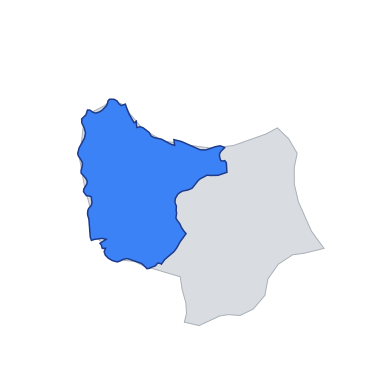 Luxembourg, with Diekirch highlighted, rotated 321°
{"feature_id": "LUX-906", "entity_name": "Diekirch", "entity_type": "District", "adm_level": 1, "iso_a3": "LUX", "parent_name": "Luxembourg", "parent_adm1": "", "projection": "equal_earth", "projection_center": [5.98, 49.94], "detail": "fine", "context": "in_parent", "style": "filled", "palette": "blue", "viewbox_px": 384, "rotation_deg": 321, "n_neighbors": 0, "source": "natural_earth", "source_scale": "10m", "svg_char_len": 2423}
<svg xmlns="http://www.w3.org/2000/svg" viewBox="0 0 384 384"><g transform="rotate(321 192 192)"><path d="M195.2,81.6L193.0,91.0L193.4,112.2L201.3,133.5L219.9,154.5L234.2,169.7L253.3,181.9L285.8,193.4L298.7,195.9L300.6,211.5L298.1,228.1L286.9,237.3L276.4,250.4L268.5,266.6L260.2,297.5L259.1,318.9L240.4,310.1L230.6,304.1L213.5,302.4L196.4,307.3L183.6,318.2L166.1,321.5L151.6,318.2L143.0,310.1L135.3,305.7L113.5,300.3L104.1,288.4L111.3,282.9L117.5,274.2L122.8,261.9L129.5,250.5L108.1,219.4L103.7,209.9L86.2,192.4L86.4,183.5L90.6,175.0L89.1,168.5L91.6,152.9L103.9,138.1L112.0,119.9L125.8,95.1L156.3,65.2L178.1,69.8L187.6,69.7L193.4,80.6L195.2,81.6Z" fill="#d9dde1" stroke="#a8b0b8" stroke-width="1"/><path d="M195.5,81.8L193.6,86.9L192.2,91.7L190.5,101.7L191.0,102.0L192.7,101.8L193.3,101.9L192.3,103.0L189.7,107.2L192.7,108.6L194.5,111.5L196.2,118.9L195.5,122.8L196.7,125.7L201.5,131.7L205.7,141.7L207.9,144.8L210.9,139.9L215.7,146.3L224.9,164.4L229.2,168.0L238.7,171.5L242.8,173.7L244.1,175.6L245.2,178.1L240.1,178.6L238.0,179.4L236.4,180.7L234.8,183.7L234.2,185.4L234.9,186.9L235.8,187.5L237.2,188.2L237.2,189.8L237.0,191.0L231.5,198.7L222.7,195.4L216.9,190.9L214.3,188.4L206.7,186.9L203.9,187.0L194.6,189.1L192.0,188.5L189.5,187.6L185.5,185.4L182.2,184.8L179.5,184.8L174.9,186.6L172.3,189.2L171.7,190.7L171.0,193.1L168.1,196.3L166.7,198.8L163.2,202.0L162.7,204.1L162.5,209.1L161.5,212.9L161.1,216.8L161.2,220.6L151.5,223.2L144.5,226.0L140.3,227.0L128.3,227.3L122.8,228.8L122.7,228.0L121.1,225.9L119.3,225.8L117.5,226.3L115.9,226.0L114.3,225.3L110.4,224.3L108.6,223.1L108.7,222.3L108.1,217.3L107.7,215.6L101.1,204.9L99.3,202.6L95.7,200.9L92.7,200.4L89.9,199.3L87.0,195.3L85.3,190.8L84.9,186.6L86.1,183.2L89.4,181.3L86.8,179.3L87.3,178.0L87.8,177.2L88.2,176.1L88.2,174.0L95.5,174.7L92.9,171.4L86.7,167.6L83.4,166.3L84.6,162.9L94.2,149.1L95.4,146.9L96.0,145.1L97.1,143.2L99.3,140.9L101.2,139.8L105.3,139.0L107.6,137.2L110.7,132.3L109.6,130.4L107.6,128.4L107.9,123.5L109.7,121.6L115.3,119.6L117.3,117.8L118.0,115.0L118.0,111.7L117.7,107.6L119.4,105.4L123.4,102.5L125.1,100.5L125.8,98.1L126.4,92.4L127.4,90.1L132.0,86.7L142.3,82.5L146.5,79.0L148.7,73.9L149.8,69.1L152.2,65.8L158.1,65.3L162.4,62.5L164.2,64.1L165.1,67.5L166.8,70.1L169.2,71.0L170.5,71.5L173.6,71.9L179.9,71.1L182.3,69.8L184.1,68.3L186.3,68.0L189.8,70.9L191.1,74.1L190.7,77.5L191.4,80.3L195.5,81.8Z" fill="#3b82f6" stroke="#1e3a8a" stroke-width="1.5"/></g></svg>